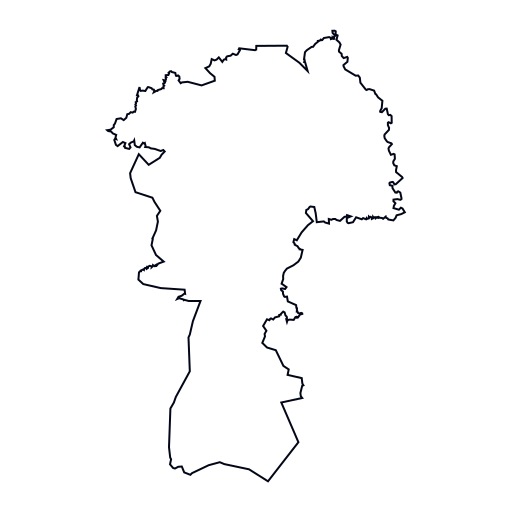 outline of Huitzuco de los Figueroa, Guerrero, Mexico
{"feature_id": "50627088B46995962784697", "entity_name": "Huitzuco de los Figueroa", "entity_type": "district", "adm_level": 2, "iso_a3": "MEX", "parent_name": "Mexico", "parent_adm1": "Guerrero", "projection": "orthographic", "projection_center": [-99.245, 18.192], "detail": "fine", "context": "isolated", "style": "outline", "palette": "ink", "viewbox_px": 512, "rotation_deg": 0, "n_neighbors": 0, "source": "geoboundaries", "source_scale": "gbopen_adm2", "svg_char_len": 5982}
<svg xmlns="http://www.w3.org/2000/svg" viewBox="0 0 512 512"><path d="M391.9,144.1L391.4,143.3L387.6,142.0L386.7,141.1L384.7,138.2L384.3,135.9L384.6,134.5L388.9,129.9L389.1,127.9L387.9,125.2L387.9,122.7L388.6,122.2L390.9,123.3L391.7,122.8L391.6,116.1L390.3,114.9L388.8,115.2L387.9,114.1L386.7,108.6L385.3,108.7L381.9,112.2L380.3,111.9L380.1,111.2L381.7,108.1L382.4,100.8L378.1,97.4L376.1,94.3L375.4,94.0L374.1,90.6L369.5,89.1L367.7,89.3L366.7,90.0L365.8,89.6L360.4,82.7L359.8,77.6L358.2,75.5L355.7,75.7L345.2,69.4L343.5,66.1L343.5,65.0L347.4,61.8L347.8,57.9L347.2,56.9L343.7,58.1L341.8,56.0L341.6,53.8L339.0,51.6L338.9,50.2L340.6,44.6L339.4,42.4L336.5,39.8L337.6,35.4L335.6,34.5L335.7,31.3L334.7,30.7L332.4,30.8L332.6,32.9L335.2,35.8L334.0,36.8L334.2,38.8L333.4,38.9L332.4,37.5L332.2,38.7L330.9,39.1L330.6,37.8L329.2,37.1L323.9,38.0L322.2,40.1L321.3,40.2L320.8,39.6L319.6,40.7L318.0,40.9L318.2,41.5L315.1,44.0L313.1,46.8L311.6,46.9L306.7,50.3L305.0,52.2L304.0,59.4L304.5,59.9L304.2,60.8L304.6,60.2L304.7,60.7L304.2,62.0L305.1,62.2L307.6,71.0L299.3,62.7L285.9,53.0L287.6,46.8L286.8,45.7L256.3,45.9L256.2,49.6L255.1,50.2L239.2,48.3L238.8,49.2L239.9,49.4L240.0,50.1L237.5,54.4L236.0,55.0L232.8,53.7L230.6,55.7L227.2,56.3L226.1,57.5L226.2,59.5L225.3,59.1L223.8,59.7L222.3,61.9L218.8,57.4L216.6,59.6L214.5,60.4L211.7,59.1L210.7,63.8L209.2,66.4L205.4,68.1L210.0,73.1L214.5,76.8L214.8,80.7L201.6,85.4L187.7,81.8L182.0,82.4L180.7,83.2L178.6,80.4L179.6,78.8L179.3,76.5L178.0,75.4L176.9,76.0L175.9,75.7L175.3,72.9L171.8,72.0L171.1,71.2L169.8,71.5L168.6,72.8L169.1,73.3L168.4,75.0L165.7,75.2L165.7,76.6L166.4,77.4L165.6,78.0L166.0,79.1L165.5,80.5L163.6,80.1L164.2,81.6L165.2,81.8L164.6,83.1L163.2,83.6L163.5,85.0L164.2,85.7L163.4,86.5L163.6,88.2L162.2,88.1L161.2,89.1L158.0,90.0L157.5,90.9L156.5,90.8L153.8,92.3L154.4,90.7L153.8,89.6L152.4,89.4L151.6,88.2L148.5,87.1L147.8,87.1L145.3,91.0L142.6,90.6L140.7,90.9L140.1,90.3L139.5,87.1L137.0,95.2L137.9,95.2L138.4,96.2L137.1,97.8L136.8,100.3L137.1,101.3L135.7,102.2L136.0,103.5L135.4,104.5L136.0,105.5L135.3,106.5L135.9,108.9L135.0,111.8L133.6,111.7L132.7,112.6L130.7,112.2L129.0,113.9L127.3,114.2L126.3,117.8L123.7,120.1L120.9,118.3L116.6,119.0L114.9,123.7L113.8,125.0L113.7,127.3L110.5,129.7L107.2,130.2L108.1,131.0L111.2,131.6L112.8,133.4L116.2,134.9L115.5,137.5L116.2,139.1L115.1,138.7L114.3,139.9L115.9,144.8L117.6,146.1L122.9,142.0L125.4,143.1L124.1,146.3L124.8,146.4L125.1,147.9L129.2,148.9L130.5,147.4L129.1,144.2L131.0,142.5L133.7,141.4L134.2,140.4L134.8,145.1L136.9,146.8L139.6,147.4L142.9,142.7L144.1,143.5L144.8,143.0L145.6,146.0L145.2,147.0L148.8,147.3L150.9,148.4L154.7,148.9L160.7,151.0L163.3,150.0L164.7,151.5L161.6,154.7L159.8,157.8L148.7,164.8L138.8,154.2L130.1,173.2L130.7,178.2L135.5,192.2L152.4,197.7L154.5,201.9L160.3,210.8L156.9,215.9L157.9,221.6L156.1,230.3L152.4,238.6L152.8,238.9L151.5,245.3L156.0,255.0L163.7,261.6L158.3,263.6L156.3,266.0L155.1,266.1L155.3,265.4L154.4,266.0L153.1,265.2L153.1,265.9L151.7,267.2L151.8,266.3L149.7,265.8L148.0,266.7L148.0,267.3L147.0,266.9L146.6,268.1L147.1,268.5L146.6,268.9L146.0,267.9L145.0,268.0L144.0,269.0L143.9,270.0L143.0,269.5L140.9,270.5L141.0,271.2L140.1,271.2L139.0,272.4L138.4,279.6L143.3,284.1L160.8,288.1L184.6,289.7L185.1,293.7L184.6,293.5L181.6,295.8L178.5,296.8L177.2,299.0L179.1,298.2L183.5,299.5L183.8,300.2L184.6,299.9L188.7,301.0L200.5,301.0L192.9,321.2L189.8,334.6L188.5,337.4L189.8,371.3L175.8,397.0L173.9,402.5L170.4,408.5L169.0,447.2L170.2,457.6L171.1,459.3L170.0,464.3L173.1,468.0L175.0,468.5L178.2,466.8L181.8,466.5L184.2,472.4L190.4,474.8L191.9,473.2L208.7,465.2L219.8,462.2L224.3,464.1L249.0,469.3L268.0,481.3L298.4,442.2L281.3,402.5L302.2,398.0L300.8,396.2L300.4,393.0L302.2,385.8L303.4,385.3L302.4,383.7L301.7,378.1L287.6,374.9L288.7,369.4L283.4,365.9L275.8,350.2L267.0,347.5L262.3,342.9L265.0,336.4L264.6,333.9L266.4,330.8L263.1,326.0L267.0,319.3L269.4,320.2L270.2,318.8L271.0,318.4L273.2,319.5L275.0,317.4L279.2,316.3L279.2,315.0L280.8,314.7L280.8,314.0L283.2,311.6L284.6,312.4L285.5,315.5L286.7,316.6L287.0,318.2L286.2,318.9L287.0,321.9L287.6,320.1L289.7,319.6L293.7,319.9L295.4,317.2L296.4,317.6L296.3,316.9L296.8,316.7L298.1,317.3L300.0,314.5L302.3,313.9L302.2,313.3L301.1,312.9L299.6,313.5L298.0,312.9L297.4,311.4L296.8,311.5L297.0,308.2L296.4,307.9L296.1,305.1L287.8,301.4L287.0,296.6L284.8,296.9L284.1,296.4L283.0,293.7L282.9,291.5L281.2,290.2L280.9,288.7L282.1,288.4L285.1,289.0L286.5,287.1L281.6,283.7L283.2,279.1L283.1,275.9L283.8,272.8L285.1,270.8L286.9,268.6L293.4,265.3L298.3,261.6L300.8,257.7L302.6,249.9L300.0,249.4L300.2,249.1L298.7,248.1L297.5,246.2L294.7,244.7L294.6,243.5L293.4,242.2L294.2,239.1L296.8,240.3L301.6,232.4L307.9,225.2L313.0,221.2L305.9,213.0L306.3,210.0L308.1,209.1L309.6,207.0L310.4,206.5L314.3,207.0L315.7,213.4L316.8,222.2L323.8,221.4L325.1,222.5L329.0,223.6L328.8,219.0L331.4,219.8L333.0,219.0L335.3,219.0L336.6,220.0L340.0,220.9L344.5,216.8L346.5,216.7L347.0,215.1L350.8,216.4L347.3,217.9L346.8,218.6L346.8,221.5L347.6,222.8L348.6,223.2L353.0,222.2L356.1,217.3L361.8,219.3L363.1,218.1L366.0,219.3L366.6,218.1L367.1,218.9L368.8,218.4L368.9,216.7L369.6,217.4L370.3,216.8L371.5,217.3L371.8,218.9L373.2,218.1L373.2,217.0L373.9,217.9L374.7,217.2L375.9,217.2L375.9,218.1L376.7,217.5L377.8,217.8L377.8,217.0L378.6,216.8L379.3,217.7L382.1,218.0L383.1,218.8L385.7,216.6L386.0,217.7L387.7,218.5L388.3,219.5L393.4,220.4L395.6,217.8L396.6,215.3L401.2,214.1L404.8,212.3L402.5,208.5L400.9,207.7L398.9,209.7L393.5,208.1L393.9,205.9L395.4,203.2L393.4,201.2L393.5,199.6L397.4,199.1L400.3,199.8L401.4,199.2L401.5,198.3L400.3,192.6L398.2,191.3L397.3,191.7L396.8,192.7L395.3,192.5L392.5,188.1L392.4,185.8L389.8,185.2L389.4,183.2L390.0,182.5L392.5,181.9L393.2,182.2L394.4,184.4L395.8,184.2L402.6,178.0L402.1,177.0L396.1,172.1L396.0,170.2L396.8,166.2L394.3,165.3L393.2,163.0L393.3,161.4L394.9,158.8L394.6,154.4L393.6,153.9L390.9,154.8L388.9,150.7L388.5,148.6L388.9,147.4L391.9,144.1Z" fill="none" stroke="#020617" stroke-width="2"/></svg>